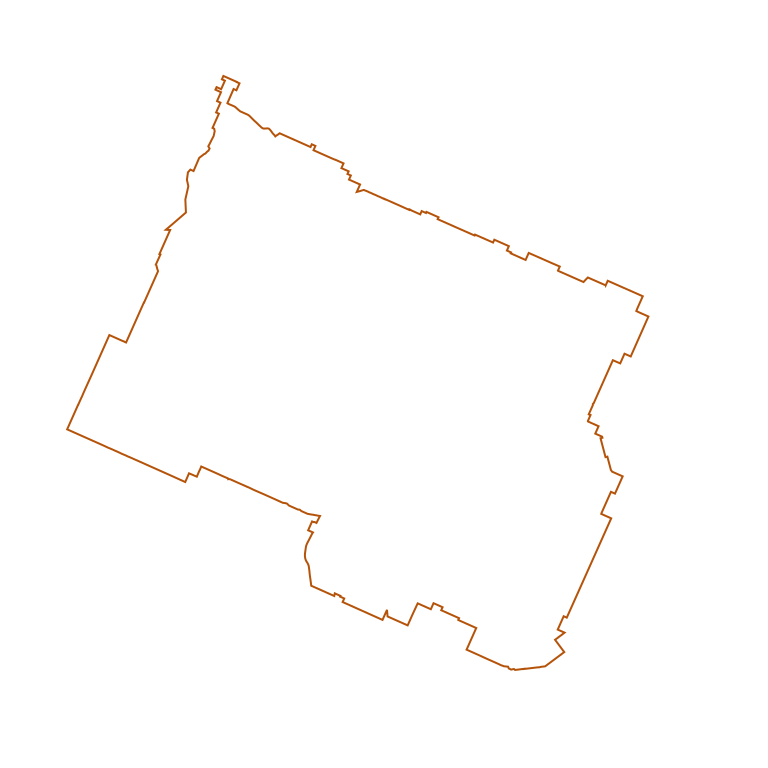 Kellerberrin, Western Australia, Australia, rotated 114°
{"feature_id": "25037944B15582539719607", "entity_name": "Kellerberrin", "entity_type": "district", "adm_level": 2, "iso_a3": "AUS", "parent_name": "Australia", "parent_adm1": "Western Australia", "projection": "albers", "projection_center": [117.81, -31.577], "detail": "fine", "context": "isolated", "style": "outline", "palette": "amber", "viewbox_px": 768, "rotation_deg": 114, "n_neighbors": 0, "source": "geoboundaries", "source_scale": "gbopen_adm2", "svg_char_len": 5878}
<svg xmlns="http://www.w3.org/2000/svg" viewBox="0 0 768 768"><g transform="rotate(114 384 384)"><path d="M544.8,517.3L539.3,517.4L538.1,517.4L537.5,517.3L537.0,517.3L533.7,517.4L533.7,511.0L533.7,507.4L533.7,501.6L533.7,499.1L533.8,494.4L533.7,488.8L533.7,488.3L533.7,488.2L533.8,487.9L534.3,487.6L534.0,487.2L533.8,486.7L533.7,486.1L533.6,485.6L533.6,485.0L533.6,466.3L533.5,466.1L533.6,462.8L533.7,459.8L533.6,446.6L533.7,428.4L533.7,428.1L533.6,427.9L533.1,426.0L533.0,425.9L532.8,424.5L532.7,424.3L532.8,423.8L532.8,423.6L533.0,423.1L533.3,422.5L533.5,421.9L533.6,421.7L533.7,421.3L533.7,419.0L533.7,416.4L533.7,412.1L533.7,411.6L533.2,410.1L533.1,409.9L533.3,409.2L533.6,408.1L533.7,407.8L533.7,407.7L533.7,406.9L533.7,406.1L533.7,403.4L533.7,402.2L533.7,401.4L533.7,401.0L533.6,400.6L533.3,399.4L533.0,398.1L532.5,396.4L532.2,395.2L532.0,394.3L531.6,392.8L531.5,392.3L531.1,390.6L530.6,388.8L538.4,389.2L538.3,391.3L538.8,392.1L538.8,393.8L548.5,393.8L548.5,388.5L549.0,388.6L549.4,388.7L550.1,388.8L550.4,388.8L552.3,388.9L557.8,389.2L560.8,389.4L561.5,389.4L562.1,389.4L562.8,389.3L563.3,389.3L563.9,389.2L564.5,389.1L571.1,387.2L572.1,386.8L573.1,386.4L573.6,386.1L574.1,385.8L574.6,385.5L575.1,385.2L575.5,384.9L575.9,384.5L576.4,384.1L577.1,383.3L577.7,382.6L578.7,381.0L579.0,380.7L579.3,380.3L579.6,380.0L579.9,379.6L580.3,379.3L580.7,378.9L581.1,378.6L581.6,378.3L584.3,376.6L588.5,374.2L592.8,371.5L597.9,368.4L597.9,343.2L595.3,343.8L595.3,337.6L596.1,337.6L596.1,333.1L600.0,333.1L600.1,289.4L589.1,289.4L589.5,289.2L594.9,286.2L594.9,264.2L582.8,264.2L570.7,264.0L570.7,249.6L564.1,249.6L564.1,239.7L567.4,239.7L567.4,220.2L569.2,220.2L569.3,220.2L569.4,218.5L569.4,216.1L569.4,207.5L569.4,200.5L578.6,200.5L582.4,200.5L589.4,200.5L590.9,200.5L593.1,200.5L593.1,198.4L593.1,195.1L593.1,190.6L593.2,179.6L593.2,173.8L593.2,170.2L593.2,164.4L593.3,164.0L593.3,162.9L593.2,161.4L593.1,161.1L593.1,159.7L591.8,155.7L593.1,154.3L593.2,151.7L591.5,149.4L591.9,147.9L587.1,140.0L587.3,140.0L580.6,128.8L579.7,127.0L578.5,125.5L576.5,122.1L576.3,121.9L555.6,110.3L548.1,123.7L537.7,117.9L537.7,125.4L523.1,125.4L523.1,122.0L472.9,121.9L414.3,121.8L414.3,132.7L413.7,132.8L390.2,132.8L390.2,128.4L371.3,128.4L371.3,140.0L370.2,141.8L359.5,150.4L360.7,151.9L345.5,164.1L344.3,162.6L343.4,163.3L343.4,170.8L335.3,170.8L335.3,182.2L335.1,182.6L334.8,182.7L328.3,182.7L328.3,183.5L328.5,183.4L328.5,184.6L318.4,184.6L317.4,185.1L316.4,184.8L316.3,184.6L269.2,184.6L269.1,176.6L258.5,176.6L258.5,169.8L214.8,169.9L214.8,177.8L214.8,180.6L214.7,183.2L211.6,183.3L198.6,183.3L198.7,221.6L203.8,221.6L203.7,221.7L203.8,241.1L206.7,242.2L209.7,243.2L209.8,271.0L209.7,271.2L205.2,271.2L205.3,279.1L205.4,305.1L213.1,305.1L213.1,321.4L212.1,321.4L212.1,326.0L207.3,326.0L207.3,334.0L207.3,338.3L207.3,339.4L207.3,341.9L210.4,341.9L210.5,361.6L211.5,361.6L211.6,402.0L209.5,402.0L209.5,415.2L210.7,415.2L210.7,419.9L214.3,419.9L214.3,430.4L214.3,430.7L214.3,430.9L214.1,430.9L214.1,431.9L214.7,431.8L214.7,459.0L214.9,458.9L214.9,461.6L214.8,462.5L214.8,463.0L214.8,463.4L214.8,463.8L214.8,464.8L214.9,465.9L214.8,467.6L214.8,469.1L214.8,469.4L214.9,470.1L214.8,470.5L214.9,471.9L214.8,472.4L214.8,472.8L214.8,474.6L214.9,475.1L214.9,475.6L214.9,475.8L214.8,476.2L214.8,477.4L214.8,479.0L214.9,479.4L214.9,479.5L214.9,481.3L215.0,481.5L218.1,485.1L219.6,487.0L211.5,487.0L211.5,499.1L207.0,499.1L207.0,502.8L204.1,502.8L204.1,510.7L199.0,510.7L198.9,510.7L198.9,512.2L198.9,515.4L198.9,519.6L199.0,519.7L199.1,523.6L199.1,543.5L194.4,543.5L194.4,547.5L197.4,547.5L197.4,581.3L199.7,582.6L201.0,583.5L202.0,584.0L201.8,584.3L201.3,585.1L200.2,587.8L199.8,588.4L199.6,588.8L199.1,589.6L198.6,590.5L198.1,591.5L197.9,592.1L197.6,592.8L197.6,593.3L197.7,593.8L197.8,594.2L198.1,594.9L198.9,596.3L199.2,597.0L199.5,597.5L199.6,598.0L199.7,598.4L199.7,598.7L199.7,599.1L199.6,599.7L199.5,600.2L199.0,601.6L198.6,602.8L197.1,606.9L196.2,609.7L193.7,616.2L193.6,616.7L193.5,617.1L193.4,618.0L193.4,620.5L193.4,624.7L193.4,626.0L193.4,626.3L193.1,627.2L192.8,628.4L192.1,630.5L191.4,632.7L191.4,633.2L191.4,633.4L191.3,633.8L191.3,637.0L191.4,638.8L191.3,640.0L191.3,640.5L191.3,640.9L191.2,641.3L190.8,641.3L175.7,641.4L175.7,638.3L168.1,638.3L168.1,641.2L167.9,641.2L167.9,656.0L171.6,656.0L171.6,652.7L180.9,652.7L180.9,657.7L183.7,657.7L183.7,651.6L193.5,651.6L193.5,647.8L204.2,647.8L204.2,644.8L219.8,644.8L219.8,643.3L219.8,643.1L219.9,642.9L220.1,642.8L221.8,641.6L222.0,641.5L222.2,641.4L222.4,641.4L226.7,640.5L227.1,640.5L231.6,640.8L234.3,640.9L236.2,641.0L238.3,641.2L238.5,641.0L239.7,639.2L239.8,639.1L240.0,639.1L242.0,639.3L242.3,639.3L243.5,640.0L244.3,640.3L245.0,640.5L245.4,640.7L245.6,640.7L246.0,640.9L246.2,641.0L246.5,641.2L246.9,641.6L247.2,641.9L247.7,642.2L248.4,642.5L250.0,643.4L252.6,644.8L266.9,644.6L266.9,648.1L270.4,649.2L277.6,647.1L282.9,643.2L296.3,640.5L307.9,634.7L328.7,644.5L331.8,646.0L330.3,642.0L356.7,642.0L356.6,640.9L367.7,641.0L367.7,640.9L367.8,640.7L368.2,640.2L368.4,640.0L369.4,639.3L369.9,638.8L370.9,638.1L372.5,636.6L372.7,636.4L372.9,636.3L374.9,636.3L377.8,636.3L386.7,636.3L389.9,636.3L399.4,636.3L402.8,636.3L405.9,636.3L407.3,636.3L407.3,636.5L450.7,636.5L451.0,636.5L451.0,638.6L450.9,638.7L450.9,638.8L450.9,639.1L450.9,639.5L451.0,640.1L451.0,643.2L451.0,645.3L451.0,646.3L451.0,654.3L451.0,654.8L454.1,654.8L457.6,654.8L458.6,654.8L465.4,654.8L469.8,654.8L479.5,654.8L483.1,654.8L486.0,654.8L490.2,654.8L493.1,654.8L494.3,654.8L509.8,654.9L516.1,654.9L518.5,654.8L519.5,654.9L527.0,654.9L527.5,654.9L527.5,655.0L554.3,655.0L554.3,649.1L554.3,642.1L554.3,635.9L554.3,634.4L554.3,628.9L554.3,626.8L554.3,618.9L554.3,618.1L554.3,615.3L554.4,610.2L554.3,607.3L554.3,598.0L554.4,594.9L554.3,590.9L554.4,587.9L554.3,587.7L554.3,543.3L554.4,525.7L544.9,525.8L544.8,517.3Z" fill="none" stroke="#b45309" stroke-width="2"/></g></svg>